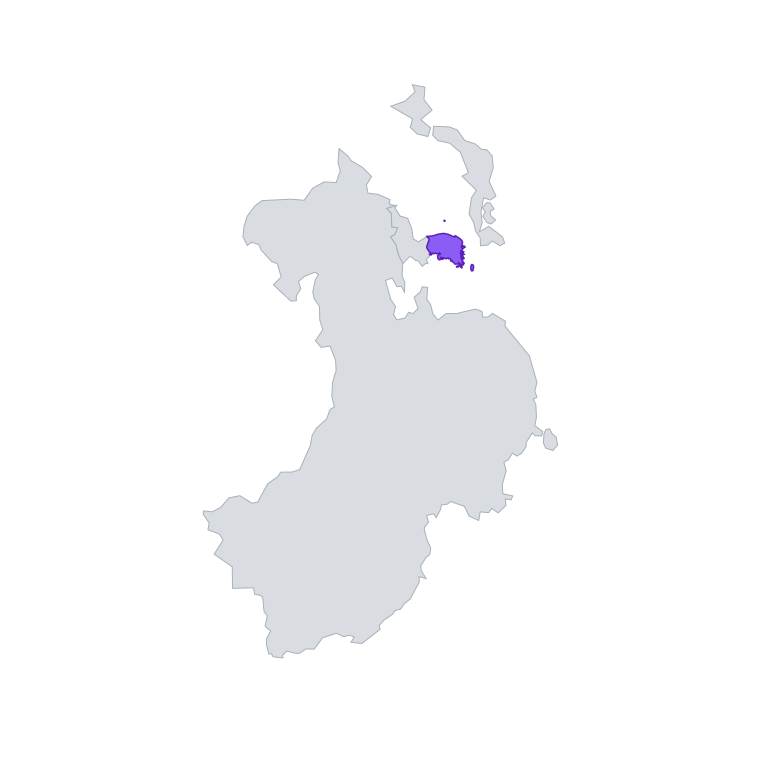 South Korea highlighted, Mercator projection, rotated 289°
{"feature_id": "KOR", "entity_name": "South Korea", "entity_type": "country or territory", "adm_level": 0, "iso_a3": "KOR", "parent_name": "Asia", "parent_adm1": "", "projection": "mercator", "projection_center": [127.333, 35.912], "detail": "fine", "context": "with_neighbors", "style": "filled", "palette": "violet", "viewbox_px": 768, "rotation_deg": 289, "n_neighbors": 3, "source": "natural_earth", "source_scale": "50m", "svg_char_len": 7167}
<svg xmlns="http://www.w3.org/2000/svg" viewBox="0 0 768 768"><g transform="rotate(289 384 384)"><path d="M550.8,329.2L557.2,337.7L554.1,337.1L548.1,344.5L548.4,352.4L539.7,359.8L530.7,364.4L529.5,370.2L537.3,376.5L536.2,379.0L526.9,380.2L523.7,384.9L519.5,385.5L515.6,383.5L512.2,386.3L511.9,384.4L507.6,381.8L511.7,376.0L511.0,374.0L513.1,368.4L512.6,366.6L503.9,362.6L510.6,355.7L519.6,349.9L525.2,342.2L529.1,345.6L536.2,346.0L534.9,340.2L547.5,335.5L550.8,329.2Z" fill="#d9dde1" stroke="#a8b0b8" stroke-width="1"/><path d="M382.9,568.0L376.2,565.4L376.0,557.9L380.0,554.0L388.9,551.5L393.6,551.8L395.5,555.1L391.9,558.9L390.0,563.9L382.9,568.0ZM143.9,336.3L143.2,330.0L148.8,327.0L141.5,307.3L161.8,300.0L167.8,278.8L184.0,282.7L188.5,277.3L188.9,265.0L195.7,263.9L201.9,255.6L205.2,254.6L207.3,263.3L214.2,269.8L225.8,274.4L231.5,284.1L228.3,297.9L231.3,303.0L252.0,306.6L261.9,313.8L267.0,315.0L270.7,325.5L275.5,332.1L301.4,334.4L312.3,332.8L320.4,334.5L332.5,341.2L342.4,341.2L346.0,344.6L355.5,338.7L368.7,334.8L381.0,334.4L390.6,330.5L402.2,320.7L398.2,312.6L402.5,305.1L415.5,308.5L423.7,302.4L436.2,297.8L442.2,290.0L447.9,286.7L459.8,285.1L466.3,286.4L467.2,282.2L459.7,273.7L453.2,269.8L446.9,274.3L438.8,272.4L434.2,274.0L432.1,269.0L441.8,247.1L451.7,251.9L463.2,243.9L463.1,238.2L470.5,224.4L475.1,220.2L475.0,212.8L470.5,209.6L477.2,202.8L487.4,200.3L498.2,200.0L510.5,204.0L517.7,209.0L528.6,236.2L531.7,248.7L545.9,252.8L555.6,261.6L558.9,273.2L571.4,273.2L578.4,268.4L592.0,264.8L587.7,275.8L584.5,280.2L581.7,293.3L576.2,304.6L566.3,302.6L559.2,306.7L561.4,316.5L560.2,329.8L556.0,330.1L556.1,335.8L550.8,329.2L547.5,335.5L534.9,340.2L536.2,346.0L529.1,345.6L525.2,342.2L519.6,349.9L510.6,355.7L503.9,362.6L492.5,365.7L486.5,370.7L477.6,373.5L482.0,368.6L480.3,364.5L486.8,357.3L482.4,351.7L466.1,362.9L461.0,369.8L453.0,370.3L448.8,375.2L453.1,382.3L459.8,384.0L460.1,388.6L466.6,391.6L475.8,384.2L483.0,388.3L488.3,388.5L489.6,393.9L478.1,396.8L474.2,402.3L466.3,407.3L462.1,414.3L470.9,419.8L474.1,429.5L484.6,445.9L484.5,453.0L479.4,455.6L481.3,460.6L486.1,463.6L482.8,478.6L478.2,479.4L458.0,512.2L435.4,528.0L426.2,529.0L421.2,532.9L418.3,530.1L413.7,534.4L402.3,538.9L393.6,540.2L390.8,549.5L386.3,550.0L384.2,543.6L386.1,540.2L375.1,537.4L371.2,538.8L363.0,536.6L359.1,533.0L360.4,527.9L352.9,526.2L349.0,522.9L342.0,527.7L327.5,528.6L318.9,532.1L320.1,542.2L315.8,541.9L314.8,536.2L308.8,538.8L299.2,533.9L301.5,526.5L296.4,524.8L294.4,516.6L285.8,518.0L286.8,507.4L294.5,499.8L294.6,485.2L291.0,483.0L288.3,477.6L283.5,478.3L274.7,476.9L277.4,473.0L273.6,467.1L267.8,471.1L260.9,468.8L251.5,474.7L244.0,481.7L237.4,482.8L233.9,480.3L223.7,477.9L219.3,480.3L213.8,487.2L213.2,479.9L208.2,481.8L189.4,478.8L182.7,474.7L176.4,472.9L173.6,468.4L169.0,467.0L160.8,460.9L154.2,458.0L150.8,460.2L131.4,447.5L129.1,436.9L135.0,438.2L135.3,433.2L132.0,428.2L132.8,420.2L124.0,408.5L110.6,404.4L108.2,396.6L102.1,391.9L100.7,388.9L99.7,379.0L94.7,376.6L92.1,377.6L90.0,367.9L92.3,365.5L91.2,363.0L99.0,357.9L104.6,355.8L113.3,357.3L116.4,350.4L126.9,349.1L129.8,344.7L142.7,338.8L143.9,336.3Z" fill="#d9dde1" stroke="#a8b0b8" stroke-width="1"/><path d="M648.1,370.5L640.5,381.1L640.7,391.8L637.6,399.9L639.0,405.0L634.7,412.1L624.3,416.8L609.9,417.4L598.2,428.6L592.7,424.9L592.4,417.5L578.2,419.7L568.5,424.3L558.9,424.5L567.2,431.7L561.7,448.2L556.5,452.2L552.5,448.5L554.5,439.8L549.3,437.0L546.0,430.3L553.7,427.3L558.0,421.1L566.3,415.9L572.3,409.1L588.5,406.1L597.3,408.2L605.9,390.1L611.3,395.0L628.0,380.7L633.1,367.8L631.7,355.8L635.2,349.0L643.9,347.0L648.3,361.9L648.1,370.5ZM670.4,318.2L676.2,313.4L678.0,326.1L665.9,329.2L658.7,340.2L645.9,332.6L641.4,344.7L632.3,344.9L631.2,333.9L635.2,325.3L644.0,324.7L648.8,299.9L658.4,311.9L670.4,318.2ZM570.2,428.7L574.8,422.8L579.4,423.9L582.8,419.8L588.8,421.9L589.8,425.3L585.2,431.2L581.9,428.1L577.7,430.4L575.5,436.1L570.2,433.3L570.2,428.7Z" fill="#d9dde1" stroke="#a8b0b8" stroke-width="1"/><path d="M523.3,385.2L523.6,385.0L523.6,384.7L523.6,383.8L524.3,383.1L525.3,381.8L525.8,381.1L526.4,380.4L527.0,380.0L527.7,379.7L528.7,379.6L530.7,379.7L531.0,379.7L532.4,379.6L532.7,379.7L533.7,379.8L534.8,379.7L535.3,379.5L535.9,379.2L536.3,378.6L536.8,377.4L537.3,376.6L537.5,376.4L539.5,381.1L541.5,384.1L543.1,386.2L545.4,390.4L546.1,392.6L546.1,394.0L546.5,395.9L546.2,396.9L546.3,398.6L546.2,399.5L545.9,400.1L545.9,401.3L546.0,402.0L546.0,402.9L546.1,403.2L546.4,403.3L546.8,403.0L547.3,402.9L547.3,403.9L546.6,406.6L546.1,408.5L545.4,410.1L544.4,411.6L543.3,412.2L542.5,412.4L541.0,412.5L539.7,412.3L538.7,412.4L538.2,412.8L537.9,413.3L538.1,414.1L538.1,414.7L537.7,414.7L536.7,414.3L535.7,414.3L535.3,414.1L534.8,413.2L534.3,413.3L533.4,413.8L532.1,413.9L531.7,414.2L531.5,414.5L531.7,415.0L532.4,415.6L532.2,416.2L531.5,416.5L530.9,415.8L530.6,415.0L530.2,415.0L529.6,415.2L529.5,416.0L529.8,416.6L530.2,417.2L529.6,417.9L529.4,418.4L529.0,418.8L527.7,418.0L527.9,417.4L528.4,416.8L528.5,416.2L528.3,415.9L526.5,417.4L525.5,419.0L524.9,418.9L524.6,418.5L524.3,418.3L523.1,419.4L522.9,420.2L522.5,420.3L522.3,419.9L522.3,419.1L522.1,418.5L520.8,417.5L520.3,416.7L520.6,416.2L521.6,416.5L522.4,416.5L522.2,416.1L522.0,415.9L522.5,415.7L523.0,415.2L522.6,415.1L522.0,415.3L521.6,415.2L521.4,414.1L520.8,413.0L520.5,411.9L521.1,411.3L521.4,410.3L521.9,408.9L522.1,408.4L522.9,408.1L523.1,407.7L522.7,407.5L522.1,407.4L522.1,407.0L522.5,406.7L523.0,406.3L524.0,405.7L524.3,404.7L524.0,404.4L523.4,404.2L523.5,403.7L523.8,403.3L523.7,403.0L523.0,402.3L522.5,401.7L522.7,401.0L522.6,399.9L522.6,399.0L522.6,398.6L522.3,397.5L522.1,396.3L521.7,396.5L521.3,396.8L520.0,396.4L519.6,396.4L519.4,395.6L519.9,394.5L521.0,393.6L521.6,393.5L522.1,393.1L522.8,393.0L523.7,393.6L524.5,393.7L525.0,394.8L525.2,395.0L525.3,394.6L526.0,394.2L526.1,393.8L526.0,393.7L525.2,393.5L524.6,392.2L524.5,391.6L524.2,391.2L524.6,390.2L523.8,389.0L523.4,388.6L523.5,387.5L523.1,386.9L522.9,386.5L522.7,385.8L522.8,385.5L523.2,385.4L523.3,385.2ZM520.8,431.0L520.4,431.2L520.1,431.1L519.6,430.4L519.5,430.1L519.7,429.6L520.9,428.7L523.8,427.8L524.3,427.8L525.5,428.1L525.7,428.8L525.5,429.4L525.3,429.9L523.9,430.5L522.9,430.9L520.8,431.0ZM540.5,415.5L539.8,416.1L538.7,415.2L538.5,414.8L539.3,414.1L539.9,413.4L540.4,413.3L540.5,415.5ZM535.0,415.4L534.9,416.4L534.3,416.4L534.0,415.8L533.6,416.1L533.4,416.1L533.2,415.3L533.1,414.7L533.8,414.2L534.2,414.5L534.8,414.7L535.0,415.4ZM520.0,419.7L519.5,419.9L519.2,419.5L519.0,419.4L519.1,419.0L520.0,418.1L520.1,417.8L520.9,418.0L521.2,418.4L520.9,419.2L520.0,419.7ZM522.4,385.6L522.3,387.0L521.9,386.9L521.6,386.8L521.4,386.5L521.1,385.3L521.5,384.7L522.2,385.2L522.4,385.6ZM519.5,416.1L519.4,416.4L519.1,416.3L518.7,415.6L518.5,415.1L518.2,414.8L518.8,414.3L519.5,415.1L519.5,416.1ZM521.5,398.4L521.4,399.1L520.9,398.6L520.7,397.2L521.3,397.6L521.5,398.4ZM558.3,388.3L558.0,388.6L557.5,388.3L557.5,388.0L557.7,387.7L558.2,387.5L558.5,387.8L558.3,388.3ZM524.3,420.0L524.4,420.4L523.8,420.4L523.4,419.9L523.4,419.5L523.8,419.5L524.3,420.0ZM532.8,417.3L532.7,417.6L532.3,417.1L532.7,416.6L532.8,417.3Z" fill="#8b5cf6" stroke="#5b21b6" stroke-width="1.5"/></g></svg>